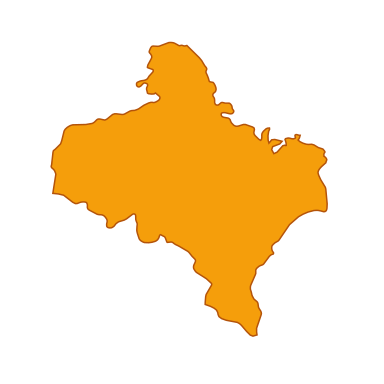 map outline of Ivano-Frankivs'k (Natural Earth projection), rotated 352°
{"feature_id": "UKR-289", "entity_name": "Ivano-Frankivs'k", "entity_type": "Region", "adm_level": 1, "iso_a3": "UKR", "parent_name": "Ukraine", "parent_adm1": "", "projection": "natural_earth1", "projection_center": [24.645, 48.617], "detail": "fine", "context": "isolated", "style": "filled", "palette": "amber", "viewbox_px": 384, "rotation_deg": 352, "n_neighbors": 0, "source": "natural_earth", "source_scale": "10m", "svg_char_len": 6002}
<svg xmlns="http://www.w3.org/2000/svg" viewBox="0 0 384 384"><g transform="rotate(352 192 192)"><path d="M236.5,342.6L232.3,343.2L229.8,341.8L226.7,337.7L222.3,330.8L220.7,328.9L218.7,327.4L208.1,323.8L203.7,321.5L201.4,319.2L200.8,317.1L200.7,314.9L199.8,312.3L197.7,310.1L194.4,307.8L189.4,305.2L189.7,303.2L191.0,297.4L191.8,295.4L198.5,286.8L198.7,285.9L198.6,285.3L194.2,279.9L185.3,272.3L184.4,271.2L184.0,270.3L183.3,268.8L183.0,267.8L183.0,266.9L183.1,266.2L183.5,264.9L185.6,261.6L185.9,260.5L185.9,259.8L185.7,259.2L183.0,255.5L180.6,251.4L179.6,250.2L171.1,243.5L168.5,241.8L167.2,240.7L166.1,239.5L165.2,238.9L164.3,238.6L161.0,238.5L160.4,238.4L160.1,237.9L159.2,233.8L158.8,232.8L158.2,232.2L156.7,231.2L155.3,230.1L154.8,229.9L154.3,230.1L153.9,230.5L152.8,232.7L152.1,233.6L151.3,234.5L149.7,235.4L148.4,235.8L145.4,236.2L142.1,236.2L138.1,235.5L137.2,235.1L136.2,234.5L134.6,233.2L133.7,232.1L133.3,231.3L133.1,230.7L132.2,225.6L132.0,223.6L132.0,222.2L132.8,218.1L133.2,216.8L133.3,215.4L132.7,213.0L132.6,212.4L132.5,211.2L132.9,207.9L132.8,206.7L132.4,206.1L131.8,205.7L131.1,205.6L130.4,205.7L129.8,205.9L123.4,209.5L120.9,210.4L115.1,211.3L112.3,212.8L110.2,214.9L108.6,215.8L107.4,216.2L106.5,216.2L105.5,216.1L104.0,215.6L103.3,215.0L102.9,214.4L102.8,213.8L102.9,212.5L103.2,211.2L103.7,210.1L104.0,208.7L103.9,207.8L103.6,206.7L102.7,204.9L101.6,203.4L100.1,202.3L98.9,201.9L97.2,201.6L96.1,201.3L94.9,200.8L87.7,195.6L86.9,194.8L86.4,194.0L86.2,192.7L86.6,190.5L86.6,189.7L86.3,188.3L85.8,187.6L85.1,187.2L83.7,186.8L82.0,186.6L80.4,186.6L78.9,186.9L76.9,187.4L75.9,187.4L74.8,187.2L72.4,185.5L64.4,177.3L59.3,175.3L54.0,174.0L59.6,155.6L59.5,154.3L58.9,151.9L58.1,150.4L56.7,148.8L56.2,147.9L56.1,147.1L56.3,146.5L56.8,145.4L59.9,133.2L60.5,131.8L62.7,130.5L68.4,126.2L69.2,124.9L70.2,122.9L73.7,114.2L74.0,113.6L75.2,112.2L77.5,110.6L79.8,109.6L81.1,109.2L83.2,108.9L96.3,110.4L102.9,110.2L105.0,109.3L107.8,107.2L108.7,106.8L109.4,106.7L110.9,106.9L115.6,108.6L116.7,108.4L118.2,107.8L124.1,104.2L126.2,103.8L127.8,104.0L133.5,105.5L134.3,105.6L135.8,105.5L141.9,103.2L143.4,103.0L146.7,103.2L149.5,102.6L150.8,102.2L156.4,99.4L161.5,97.8L163.8,97.5L165.3,97.7L165.9,98.0L166.8,98.1L168.1,98.0L170.6,97.1L171.9,96.4L172.7,95.7L173.3,94.6L173.4,93.9L173.3,93.3L173.1,92.8L169.6,88.9L168.1,89.6L165.6,89.4L162.6,88.6L161.7,87.9L161.3,83.9L161.4,83.3L161.6,82.5L162.6,80.9L162.9,80.2L163.0,79.5L162.8,79.0L162.5,78.5L162.0,78.2L160.9,77.6L160.2,77.4L159.5,77.5L158.8,77.8L156.1,79.9L154.9,80.4L154.3,80.6L153.6,80.5L153.0,80.2L152.6,79.8L152.2,79.3L152.0,78.7L152.0,77.9L152.2,76.8L152.6,76.2L153.1,75.8L155.7,75.0L157.2,74.8L160.1,74.8L161.8,74.5L163.4,73.8L164.3,72.9L165.5,71.4L169.8,67.8L170.4,67.1L170.5,66.4L170.5,65.8L170.2,65.3L169.7,65.0L165.7,62.9L165.2,62.5L165.4,61.5L166.1,59.9L170.1,54.5L170.8,53.3L171.0,51.9L170.9,51.3L170.2,49.6L169.3,48.2L169.1,47.6L169.2,46.8L169.8,45.7L170.9,43.8L171.7,42.9L172.4,42.3L173.1,42.1L173.9,42.1L178.5,43.0L179.9,43.0L189.8,40.8L191.4,40.9L192.9,41.2L194.2,41.6L195.4,42.2L198.3,44.3L198.8,44.8L199.9,45.4L200.5,45.4L201.7,45.2L202.9,45.5L204.0,46.1L204.8,46.3L205.4,46.4L207.3,46.2L217.9,60.0L219.9,63.3L222.2,68.8L222.9,69.8L223.7,71.5L223.7,72.3L223.5,72.9L222.9,73.9L222.6,74.5L222.5,75.8L223.4,78.7L224.1,81.8L224.4,84.4L224.7,85.0L225.4,85.5L228.1,86.4L228.6,87.1L229.2,88.3L229.7,89.8L230.0,91.0L230.2,92.4L230.1,93.8L229.9,94.4L229.4,95.5L229.0,96.0L227.0,97.3L226.6,97.8L226.3,98.2L226.1,98.8L226.1,99.4L226.2,100.0L227.1,102.1L227.2,102.8L227.2,104.2L226.9,106.3L226.9,107.0L227.2,108.1L228.0,109.1L228.7,109.4L229.9,109.5L230.6,109.3L232.8,107.9L233.3,107.6L234.0,107.5L234.7,107.6L237.2,108.6L241.2,109.2L241.8,109.6L242.4,110.3L243.1,111.5L243.4,112.3L243.5,113.2L243.5,114.6L243.6,115.2L243.8,115.8L244.4,116.8L244.6,117.3L244.6,117.9L244.4,118.5L243.6,119.4L243.1,119.7L242.5,120.0L241.1,120.0L239.7,119.6L236.0,118.1L234.5,117.8L232.9,117.8L232.3,118.1L231.9,118.5L231.7,119.1L231.7,120.3L232.2,121.4L233.7,122.4L238.0,123.8L239.0,124.5L239.8,125.7L240.2,127.7L240.8,129.2L242.7,131.8L244.6,133.0L246.8,133.2L252.3,132.3L254.3,132.6L261.1,136.1L262.4,137.3L262.5,138.9L261.5,141.7L261.6,143.4L262.3,144.9L265.5,149.1L267.2,150.4L268.2,149.4L268.8,147.3L269.0,145.4L269.4,144.0L270.2,142.8L271.3,141.7L274.2,139.7L275.7,139.3L277.6,139.4L277.6,140.6L276.3,142.7L275.1,146.8L274.6,151.3L275.0,154.3L278.2,151.4L281.3,151.5L288.3,154.3L285.6,156.6L278.2,158.3L276.8,161.1L278.4,165.4L281.8,164.4L288.4,158.8L290.4,158.6L291.4,159.1L291.8,159.0L292.0,156.6L291.7,154.5L291.4,153.0L292.0,152.2L294.7,151.9L296.3,152.3L297.9,153.0L299.7,153.5L301.8,153.0L302.1,152.3L301.8,151.2L301.9,150.1L303.0,149.6L303.9,149.8L305.9,150.7L307.0,150.9L306.0,153.2L305.3,154.3L304.3,155.3L305.8,157.1L308.5,159.0L311.6,160.5L313.8,161.1L317.2,161.4L319.4,162.4L323.3,165.6L326.9,167.3L327.8,167.9L329.2,170.4L329.0,171.4L328.3,171.9L327.8,173.0L327.7,174.6L327.6,174.9L327.9,175.1L329.2,176.5L330.0,178.4L329.6,179.7L328.9,180.7L328.7,181.6L323.8,184.9L322.2,186.2L321.0,187.4L320.4,188.2L319.7,189.5L319.5,190.4L319.5,191.1L319.8,193.1L321.2,197.8L324.7,205.9L324.9,207.7L324.2,222.5L323.4,226.8L322.9,228.2L322.3,229.2L321.6,229.6L320.9,229.9L320.2,229.9L319.5,229.8L317.0,228.7L314.4,227.8L312.8,227.5L310.2,227.3L304.2,228.0L298.9,229.4L294.1,231.3L284.0,237.9L271.4,251.8L270.3,252.6L268.9,253.1L267.0,253.9L265.1,255.2L264.2,256.0L263.6,256.7L263.4,257.3L263.1,258.7L263.1,260.1L263.3,261.4L264.3,263.6L264.1,264.4L263.7,264.8L262.2,265.0L261.1,265.5L259.7,266.4L252.9,273.3L252.4,273.6L251.8,273.9L249.4,274.4L248.0,274.9L245.8,276.3L244.9,277.2L244.3,278.0L243.8,281.6L243.1,282.9L237.2,292.5L236.7,293.7L236.4,295.3L236.3,296.5L236.8,299.6L237.0,302.3L237.3,303.5L238.3,306.3L238.6,306.8L240.9,309.4L241.5,310.3L241.8,311.6L241.8,315.1L241.9,315.7L242.3,316.9L243.5,319.5L243.8,320.8L243.8,321.4L243.8,322.1L243.3,323.4L237.0,335.9L236.5,339.6L236.5,342.6Z" fill="#f59e0b" stroke="#b45309" stroke-width="1.5"/></g></svg>